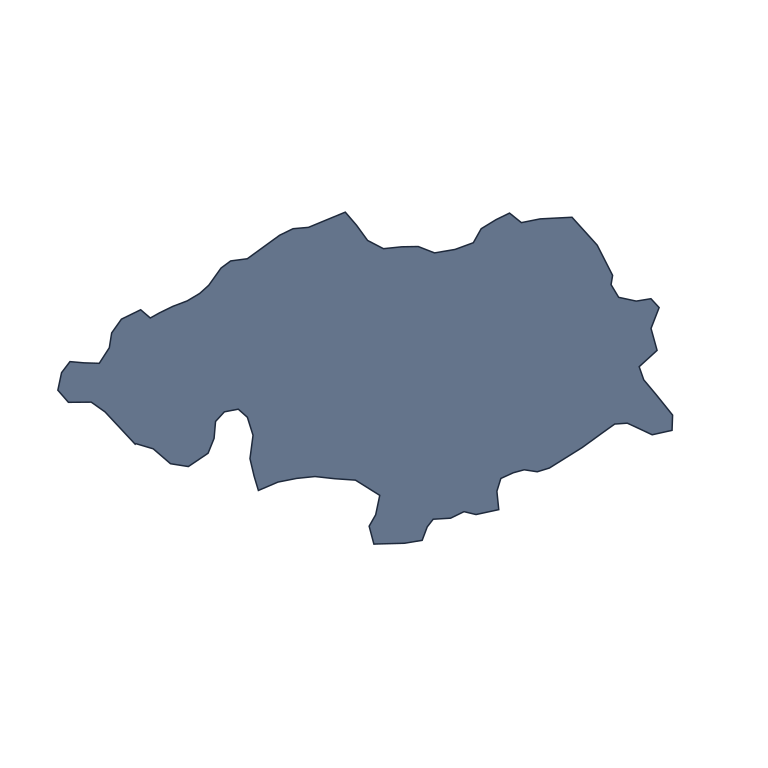 Hwasun-gun, South Jeolla, South Korea (Albers equal-area conic projection), rotated 234°
{"feature_id": "91817680B60872934813823", "entity_name": "Hwasun-gun", "entity_type": "district", "adm_level": 2, "iso_a3": "KOR", "parent_name": "South Korea", "parent_adm1": "South Jeolla", "projection": "albers", "projection_center": [127.037, 35.018], "detail": "fine", "context": "isolated", "style": "filled", "palette": "slate", "viewbox_px": 768, "rotation_deg": 234, "n_neighbors": 0, "source": "geoboundaries", "source_scale": "gbopen_adm2", "svg_char_len": 1431}
<svg xmlns="http://www.w3.org/2000/svg" viewBox="0 0 768 768"><g transform="rotate(234 384 384)"><path d="M371.7,219.8L367.0,240.5L359.0,257.8L349.7,273.8L336.4,288.4L323.0,304.4L296.4,315.1L283.1,300.4L277.7,288.4L260.4,281.7L258.9,284.0L243.3,306.7L243.1,307.0L235.1,323.0L243.0,335.0L245.7,344.3L236.3,359.0L233.7,373.7L224.3,381.7L214.9,403.0L230.9,412.3L238.9,423.0L236.2,436.4L232.2,447.0L222.9,456.4L218.8,468.4L216.1,507.1L216.1,531.1L216.0,547.1L209.3,557.8L197.3,564.5L185.3,571.1L177.2,589.8L189.2,599.2L200.1,598.7L216.0,597.9L234.7,596.6L248.0,600.6L250.7,624.7L272.0,632.7L284.1,651.5L296.1,650.1L302.8,636.8L316.2,624.8L330.9,626.1L337.5,632.8L371.0,638.1L389.9,636.1L408.4,634.1L425.8,607.4L433.8,590.0L448.5,586.0L451.1,571.3L452.5,553.9L445.8,539.3L451.1,520.6L460.4,501.9L475.1,492.5L484.5,479.1L493.8,463.1L509.8,455.1L528.5,455.1L545.8,453.7L551.3,430.9L555.1,415.0L563.1,401.7L565.7,387.0L565.7,369.6L565.7,347.0L573.7,332.3L573.6,320.3L566.9,300.3L565.6,288.3L566.9,273.7L570.9,259.0L573.5,244.3L574.8,233.7L587.1,230.8L590.8,209.7L585.4,193.7L574.8,183.1L568.1,165.8L577.4,153.8L586.7,143.1L582.7,129.8L570.7,116.5L554.7,117.9L541.4,136.5L525.4,141.9L481.5,147.3L481.6,148.2L467.2,159.2L445.0,164.4L432.2,177.2L431.4,201.0L439.9,214.6L452.7,225.7L455.3,238.5L449.3,251.3L437.4,253.9L419.5,247.9L402.4,231.7L386.2,224.9L383.7,224.0L371.7,219.8Z" fill="#64748b" stroke="#1e293b" stroke-width="1.5"/></g></svg>